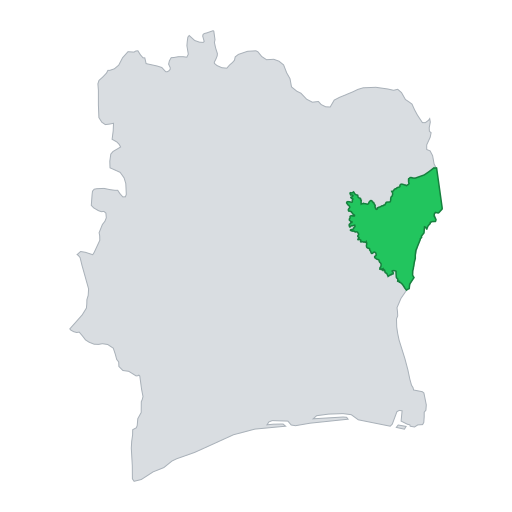 Gontougo, Zanzan, Ivory Coast (highlighted)
{"feature_id": "98640826B5040161076408", "entity_name": "Gontougo", "entity_type": "district", "adm_level": 2, "iso_a3": "CIV", "parent_name": "Ivory Coast", "parent_adm1": "Zanzan", "projection": "natural_earth1", "projection_center": [-3.58, 7.921], "detail": "fine", "context": "in_parent", "style": "filled", "palette": "green", "viewbox_px": 512, "rotation_deg": 0, "n_neighbors": 0, "source": "geoboundaries", "source_scale": "gbopen_adm2", "svg_char_len": 9476}
<svg xmlns="http://www.w3.org/2000/svg" viewBox="0 0 512 512"><path d="M107.9,70.4L109.7,70.4L114.4,68.8L118.7,65.2L122.6,57.7L128.0,51.7L134.0,52.1L135.8,51.0L137.9,50.8L140.4,54.8L143.0,57.8L144.8,57.9L146.1,63.6L157.1,66.0L161.8,67.5L165.7,71.7L167.1,71.8L168.8,70.9L170.1,69.5L170.3,67.9L168.6,64.1L169.4,60.8L171.2,57.7L174.0,57.5L178.3,56.7L183.2,56.7L186.8,57.2L188.3,54.2L186.9,45.7L187.3,41.1L187.9,37.1L189.2,35.5L194.7,40.5L199.6,42.2L203.2,42.4L204.2,41.5L202.7,36.1L203.1,34.4L204.4,33.5L206.8,32.9L213.1,30.7L213.8,31.2L215.0,39.7L214.4,42.5L215.7,48.3L217.4,53.6L217.2,55.8L215.9,59.1L214.3,62.2L214.4,63.4L216.9,65.5L221.8,67.7L226.8,68.2L229.6,65.0L232.5,62.5L234.5,60.2L235.2,56.9L238.4,54.4L247.5,51.3L255.9,50.8L257.9,51.8L261.7,56.5L266.5,59.7L273.8,59.3L279.0,61.2L283.6,64.9L286.7,72.9L290.0,78.7L291.5,86.9L296.8,91.2L300.9,93.2L306.6,99.2L312.4,102.2L318.4,101.5L321.2,104.6L325.7,106.8L330.2,107.0L334.2,100.1L339.4,97.4L352.7,91.9L357.9,89.4L363.2,87.8L375.9,87.3L387.8,89.0L393.6,90.3L397.7,89.3L401.5,92.6L405.4,99.5L408.7,101.7L412.0,104.1L414.4,109.5L417.3,114.9L418.8,117.2L422.4,122.6L425.4,122.6L428.5,120.3L429.7,118.6L430.3,122.1L429.2,127.8L429.4,131.3L431.1,132.7L430.2,137.2L426.7,144.9L426.7,149.5L430.1,150.9L432.6,155.7L434.1,164.0L435.6,166.8L435.7,168.5L438.3,188.5L441.4,208.6L439.4,211.3L436.7,212.0L434.9,213.0L434.4,214.8L435.6,217.6L434.8,220.1L431.5,221.8L424.1,228.2L423.6,230.7L421.6,236.2L420.0,239.5L417.6,245.7L413.8,262.0L412.4,275.4L412.2,279.6L410.7,282.5L409.0,286.7L401.0,298.3L397.0,307.7L397.5,311.8L397.7,315.9L396.5,318.9L396.7,326.9L397.7,333.6L399.1,340.2L404.9,358.7L407.9,370.0L409.8,379.1L411.5,385.2L413.0,387.6L413.6,390.0L422.3,391.7L423.9,393.0L426.3,404.9L425.9,410.2L424.2,412.2L424.2,416.8L423.8,422.4L422.6,424.6L417.8,424.9L414.5,427.0L410.2,426.2L409.8,424.8L407.5,424.3L401.1,421.1L402.1,410.8L399.2,410.4L396.9,411.7L392.3,424.1L390.2,426.2L358.3,419.8L351.3,414.7L343.0,413.6L328.6,414.1L316.6,415.7L313.2,418.8L343.3,417.0L346.6,417.3L348.1,419.2L310.0,423.2L295.5,425.7L291.2,425.0L287.9,421.1L272.2,420.6L268.9,421.9L267.0,424.8L273.2,424.2L283.0,424.0L285.6,426.2L254.9,429.1L233.6,434.7L224.6,438.8L194.9,452.3L176.8,458.7L172.0,461.0L163.8,467.6L153.2,471.8L141.3,479.5L134.1,481.3L132.4,478.8L132.3,465.7L131.3,448.1L131.7,441.3L132.6,435.0L132.7,429.7L136.3,427.8L137.2,425.6L137.8,418.7L141.2,412.5L141.3,401.7L142.3,399.4L143.0,396.5L141.6,389.4L139.8,376.0L138.8,375.1L138.0,375.7L136.1,375.9L128.7,371.3L122.9,370.5L118.9,366.5L118.7,362.0L116.7,359.4L115.3,354.2L113.3,348.2L107.7,344.5L102.4,343.7L98.6,344.4L94.1,344.2L89.1,342.2L85.5,339.9L82.2,335.6L79.2,332.1L76.7,332.5L73.7,331.7L70.8,330.1L69.8,328.9L82.2,314.9L86.4,308.1L86.8,304.0L86.9,299.7L88.2,295.4L88.6,288.9L81.9,265.0L80.1,257.6L78.3,255.4L77.1,254.6L80.6,251.5L85.4,252.3L92.7,254.7L94.2,252.4L99.8,240.3L99.7,235.8L99.1,232.7L102.4,224.5L104.9,221.3L106.3,217.8L105.9,213.1L103.9,211.4L101.4,211.7L98.3,210.6L93.7,207.9L91.3,205.4L92.1,194.5L92.5,191.2L94.2,189.2L96.8,188.7L104.0,188.4L109.8,189.6L114.9,190.3L117.7,190.3L119.9,193.6L122.8,196.9L125.4,196.8L126.3,194.4L125.8,183.6L124.1,177.9L120.2,172.4L110.0,167.8L109.8,161.2L110.8,154.1L113.0,151.5L120.6,147.0L119.3,144.5L116.9,142.0L112.1,139.3L113.2,130.8L113.5,123.3L109.4,124.1L105.3,124.6L101.8,122.2L98.9,117.6L98.4,104.9L98.4,90.3L97.9,83.8L99.0,80.4L102.6,77.2L106.5,73.1L107.9,70.4ZM406.1,426.4L404.4,429.2L396.3,427.4L398.2,425.0L406.1,426.4Z" fill="#d9dde1" stroke="#a8b0b8" stroke-width="1"/><path d="M353.6,191.9L352.1,192.8L351.6,192.9L350.8,192.7L350.3,192.7L350.2,192.8L350.0,193.2L350.4,194.5L350.6,195.0L350.8,195.1L351.6,195.0L352.8,195.3L353.0,195.6L352.6,196.4L352.3,196.8L351.9,196.9L351.2,197.0L350.8,197.4L350.9,197.7L351.3,198.0L351.5,198.4L352.8,198.8L352.9,199.0L352.8,199.4L352.3,200.3L352.4,201.5L352.2,202.1L351.9,202.3L351.5,202.3L349.6,201.8L347.9,201.6L347.0,201.9L346.7,202.4L346.6,202.8L346.6,203.0L347.0,203.4L347.7,204.6L349.3,206.0L349.8,207.0L349.8,207.3L349.5,207.9L348.9,208.6L348.4,209.4L348.3,209.9L348.5,210.7L348.9,211.2L349.8,211.1L351.1,211.7L351.4,211.7L351.5,212.2L352.0,212.7L352.2,212.9L352.6,213.7L353.2,214.2L353.4,214.7L354.3,214.9L354.5,215.1L354.5,215.8L354.2,216.1L353.6,216.0L352.9,216.1L352.7,215.9L352.3,215.8L351.7,215.7L350.7,215.9L350.2,216.2L350.0,216.6L350.1,217.7L349.9,218.3L349.4,218.9L349.3,220.0L349.5,220.3L349.9,220.5L350.8,221.6L351.7,221.7L351.9,221.7L352.0,221.9L352.0,222.2L351.8,222.6L350.8,222.7L350.0,223.8L349.6,224.0L349.4,224.2L349.1,225.0L349.5,226.7L349.7,227.0L350.0,227.0L351.2,225.8L351.6,225.7L352.3,225.8L353.2,225.6L354.4,225.1L354.8,225.2L354.8,225.3L354.8,225.7L355.0,226.3L354.8,226.9L353.6,228.0L353.7,228.5L353.1,229.1L352.4,229.4L351.9,229.4L351.4,229.6L350.8,229.7L350.5,229.9L350.4,230.1L350.5,230.4L352.2,231.1L354.0,231.1L354.4,231.5L355.3,232.0L355.7,232.0L356.0,231.8L356.4,231.8L357.4,232.1L357.8,232.6L358.0,233.1L358.5,233.6L358.6,234.5L358.4,235.0L357.9,235.5L357.8,236.5L358.0,236.8L358.9,237.5L359.0,237.7L358.7,238.3L357.9,239.2L357.9,239.6L358.2,239.7L358.4,239.7L359.1,239.4L359.6,239.4L360.7,240.0L360.9,240.3L360.7,240.7L360.5,240.9L360.5,241.2L360.8,241.9L361.5,241.9L362.1,241.7L362.5,241.7L363.5,242.1L364.6,241.9L364.8,242.0L365.1,242.4L365.6,242.4L365.9,242.3L366.2,241.7L366.3,242.0L366.5,242.2L366.8,243.2L366.6,243.8L366.7,244.5L366.4,245.2L366.5,246.4L366.6,247.0L367.0,247.6L367.7,248.0L368.1,248.3L368.8,248.3L369.1,248.4L369.6,248.8L369.7,249.2L369.6,249.9L370.7,251.4L370.9,252.1L371.0,252.7L371.3,253.1L371.8,253.5L372.3,253.4L372.7,253.2L373.3,252.5L373.8,252.2L374.1,252.1L374.7,252.1L375.7,252.9L376.0,253.4L376.0,254.1L376.3,255.0L375.7,255.8L375.1,256.3L374.7,256.4L374.6,257.0L374.7,257.4L375.1,258.0L375.3,258.0L375.7,258.2L376.2,258.8L376.5,259.0L377.4,259.4L378.3,259.6L378.7,259.8L379.1,260.5L379.2,261.2L379.4,261.7L379.7,262.2L380.3,262.7L381.0,263.7L381.1,264.8L380.9,266.4L380.8,266.8L380.4,267.1L379.8,268.1L380.0,268.7L379.9,269.1L380.2,269.1L380.8,269.0L381.0,269.2L381.1,269.5L381.4,269.5L382.0,269.8L382.1,269.7L381.9,269.5L381.9,269.1L382.1,268.9L382.2,269.0L382.3,269.4L382.5,269.8L382.7,269.3L382.9,269.1L382.9,269.9L383.1,269.9L383.4,269.8L383.4,269.6L383.2,269.2L383.3,269.1L383.6,269.3L383.7,269.5L383.6,269.9L383.7,270.2L383.9,270.3L384.2,269.9L384.6,270.2L384.4,270.8L384.6,270.8L384.9,271.1L385.0,271.5L385.1,272.5L385.5,272.8L385.8,272.9L386.0,273.1L386.7,273.4L387.6,275.3L388.0,276.0L388.1,276.4L389.6,275.4L390.1,275.2L390.3,274.8L390.8,274.6L391.4,274.7L391.8,274.1L392.0,274.2L392.8,274.0L393.1,273.9L393.1,273.7L393.2,273.4L393.2,272.9L393.1,272.5L392.9,272.1L392.2,271.4L392.1,271.0L392.2,270.9L393.0,270.6L393.9,270.6L394.7,270.7L395.7,271.0L396.1,271.4L396.0,272.1L396.0,272.3L396.3,277.1L396.5,277.7L396.9,278.2L397.5,278.8L397.8,279.1L397.8,279.6L397.7,281.1L398.2,280.9L398.9,281.0L399.1,281.4L398.9,281.7L399.4,282.3L400.0,282.2L401.8,283.7L403.1,285.3L403.7,286.3L404.2,286.8L404.3,287.4L406.4,290.1L408.1,289.1L409.2,288.6L409.7,284.1L414.0,277.6L412.6,275.2L412.7,270.4L412.9,270.2L413.4,268.2L413.5,266.9L413.8,266.1L414.3,262.3L415.3,258.5L415.3,255.1L415.8,250.6L420.2,239.7L420.3,238.7L421.6,237.5L421.4,236.2L424.0,232.9L424.5,226.8L425.6,227.2L426.5,228.9L426.7,229.1L426.8,229.1L427.3,227.7L427.8,226.4L428.4,225.5L429.2,224.6L429.4,224.3L429.6,224.2L430.2,223.6L430.1,223.2L430.2,222.7L430.5,222.3L432.1,221.6L435.3,221.5L435.6,221.2L436.0,219.7L435.9,219.3L434.3,216.4L434.1,216.0L434.3,214.0L435.1,212.8L435.4,212.4L437.6,212.9L438.2,213.0L438.9,212.6L442.1,209.1L442.2,208.5L442.1,207.4L436.6,168.0L436.2,167.8L434.8,168.2L434.1,168.0L434.0,167.8L428.5,172.0L424.1,175.0L415.0,178.2L414.6,178.1L413.9,178.1L412.7,178.0L411.8,177.6L411.3,177.7L410.9,177.5L410.1,177.6L409.1,178.6L408.7,178.7L408.6,178.8L408.5,180.0L408.8,180.4L408.5,181.0L408.7,182.4L408.8,182.9L409.1,183.5L408.4,184.4L406.6,185.6L406.3,185.7L406.1,185.5L405.9,185.2L405.6,185.0L404.8,185.1L403.9,184.6L403.2,184.5L402.8,184.3L401.1,184.1L400.1,185.0L399.9,185.3L400.0,186.3L399.6,186.9L399.2,187.1L398.1,187.3L396.8,187.9L396.4,188.5L396.1,188.7L395.5,188.7L394.7,189.1L394.2,189.5L394.1,189.8L393.9,190.1L393.5,190.8L392.7,191.3L392.2,191.2L391.7,191.3L392.0,192.0L392.5,192.5L392.6,192.9L392.6,193.6L392.7,194.1L392.4,195.0L392.3,195.8L391.2,196.9L391.0,197.2L390.6,199.3L390.8,199.7L390.7,200.1L390.3,201.7L389.2,202.1L388.6,202.1L388.3,202.0L386.5,202.2L386.2,202.4L386.1,202.8L385.9,202.8L385.8,203.0L385.6,203.6L385.4,203.8L385.0,204.7L384.8,205.0L384.5,205.0L384.1,204.9L383.9,205.0L383.2,205.7L382.7,205.7L382.4,205.9L382.0,205.8L381.7,205.9L381.4,206.2L379.6,207.1L379.0,207.1L378.7,207.4L378.4,207.5L377.8,207.7L377.3,208.0L377.4,208.5L377.3,208.9L376.6,209.4L376.2,209.3L376.0,209.2L375.2,207.6L375.1,207.3L375.2,206.8L374.9,206.3L375.2,205.3L374.9,204.9L374.6,204.6L374.4,204.1L374.1,203.9L374.0,203.3L373.8,202.8L373.6,202.5L373.0,202.5L372.9,202.1L372.3,201.6L371.8,200.7L370.9,200.5L370.3,200.7L369.8,201.4L368.9,202.3L368.8,203.1L368.6,203.5L368.4,203.6L367.8,204.2L367.6,204.3L367.2,204.1L366.3,204.0L366.0,203.8L364.2,203.6L363.4,203.3L363.1,203.7L362.9,203.7L361.5,203.7L361.2,204.0L361.0,202.8L361.2,202.1L361.1,201.3L361.3,200.2L360.6,200.0L360.5,199.8L360.6,198.7L360.5,198.4L360.4,198.3L359.6,198.2L358.4,197.5L358.0,197.0L357.8,195.6L357.6,195.1L356.3,194.9L355.1,194.1L354.4,193.4L354.1,192.6L353.8,192.3L353.6,191.9Z" fill="#22c55e" stroke="#15803d" stroke-width="1.5"/></svg>